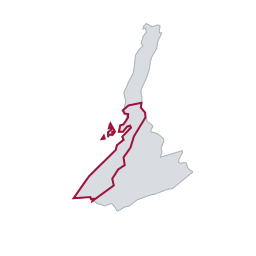 Semenawi Keyih Bahri highlighted on a map of Eritrea, rotated 235°
{"feature_id": "ERI-1562", "entity_name": "Semenawi Keyih Bahri", "entity_type": "Region", "adm_level": 1, "iso_a3": "ERI", "parent_name": "Eritrea", "parent_adm1": "", "projection": "equal_earth", "projection_center": [39.644, 16.17], "detail": "coarse", "context": "in_parent", "style": "outline", "palette": "rose", "viewbox_px": 256, "rotation_deg": 235, "n_neighbors": 0, "source": "natural_earth", "source_scale": "10m", "svg_char_len": 2998}
<svg xmlns="http://www.w3.org/2000/svg" viewBox="0 0 256 256"><g transform="rotate(235 128 128)"><path d="M54.8,155.9L54.2,147.2L53.7,141.4L53.2,135.3L52.8,129.5L54.9,125.9L55.9,122.5L58.5,111.6L59.6,109.4L61.6,103.5L61.9,101.8L63.9,94.4L63.7,89.5L63.3,84.5L64.4,81.6L65.4,79.3L65.3,77.3L65.8,72.7L66.1,71.5L67.3,71.4L69.7,72.0L71.5,71.6L73.5,71.6L75.1,71.4L76.0,70.0L77.3,64.6L78.2,63.6L78.8,63.2L80.6,62.2L82.2,60.7L83.4,59.5L83.9,59.3L85.2,59.2L86.6,58.5L87.2,57.7L88.8,57.1L90.5,57.5L91.6,56.8L92.3,56.4L93.2,56.4L93.9,55.7L94.3,54.8L94.8,54.2L96.0,52.8L96.6,51.8L96.9,50.8L97.2,49.9L97.7,48.6L100.0,45.1L101.9,43.2L108.6,60.5L111.3,70.7L113.7,81.4L115.5,97.5L117.2,105.7L120.0,109.7L121.9,117.4L123.5,117.7L124.7,119.8L126.7,127.0L128.1,129.7L128.9,127.4L128.8,126.1L128.2,123.8L128.7,121.0L129.9,119.3L132.4,121.6L133.8,123.4L134.2,126.9L134.8,128.9L137.5,133.0L139.8,134.2L142.7,134.5L145.2,135.5L147.2,137.0L150.9,141.2L159.3,144.9L166.2,156.3L170.2,164.2L183.5,176.1L185.8,181.9L187.0,187.5L189.8,187.2L194.6,193.4L196.0,198.1L199.9,199.7L200.5,197.0L202.4,199.3L203.2,202.8L200.7,204.2L198.0,205.4L197.6,205.4L196.7,207.0L195.4,211.4L193.9,212.7L193.2,212.8L188.9,208.7L188.2,208.5L187.3,209.3L186.6,210.1L184.6,207.0L183.1,204.2L181.1,200.9L179.1,199.4L176.9,197.5L174.8,193.2L172.7,188.4L169.5,184.4L163.6,178.8L158.2,171.6L154.0,164.2L151.4,160.3L150.2,159.3L144.7,156.9L140.9,153.4L137.9,150.6L136.1,149.9L134.3,149.8L130.6,150.3L127.5,148.6L126.2,148.6L124.1,148.1L122.4,147.4L120.5,148.2L116.5,149.4L114.9,149.2L114.0,147.4L113.5,146.1L112.1,144.7L111.0,144.7L110.4,145.9L106.3,149.1L99.3,150.8L97.7,150.7L96.5,149.4L93.0,144.0L92.0,143.2L91.2,143.1L89.6,142.4L88.1,141.4L86.8,139.2L85.5,137.9L84.0,142.3L81.5,149.8L80.1,153.9L78.4,159.2L77.8,159.3L76.9,158.9L73.5,152.4L71.3,149.9L69.7,150.2L68.5,151.4L67.8,153.6L67.0,154.9L66.1,155.4L64.2,155.2L61.3,154.1L58.3,154.4L55.3,155.9L54.8,155.9ZM136.1,112.5L137.0,114.1L137.7,113.9L138.2,113.4L138.5,112.3L142.1,114.5L141.9,116.0L139.7,116.1L137.3,115.4L135.0,115.6L132.4,115.0L131.7,112.5L133.5,113.7L134.3,113.4L134.5,113.1L133.3,111.4L131.6,111.0L131.7,109.7L132.5,109.1L132.9,108.5L131.9,106.7L133.9,107.1L135.1,108.2L135.9,109.5L136.1,112.5ZM134.6,100.8L135.4,103.8L133.2,102.6L132.8,102.0L133.8,100.9L134.0,100.2L134.6,100.8Z" fill="#d9dde1" stroke="#a8b0b8" stroke-width="1"/><path d="M93.0,57.6L101.7,43.2L110.8,68.3L117.1,105.5L120.3,109.0L120.8,117.6L124.2,118.4L126.5,130.6L128.7,131.1L129.7,128.2L127.8,121.7L130.1,118.3L134.7,123.2L133.5,126.3L136.5,134.0L139.4,136.1L141.7,133.4L145.4,133.8L146.2,141.3L140.9,153.5L137.3,150.2L130.9,150.9L126.7,148.5L117.8,128.1L110.5,118.8L106.5,107.5L99.5,104.0L99.7,96.2L95.5,86.0L89.1,83.4L88.6,57.1L90.0,58.9L90.9,56.9L93.0,57.6ZM138.9,112.3L141.7,116.2L132.4,115.2L131.5,112.3L134.7,113.5L131.4,111.2L133.8,108.2L131.8,106.5L136.0,109.2L136.6,114.0L138.1,114.6L138.9,112.3ZM134.0,100.1L135.5,103.7L132.7,102.8L134.0,100.1Z" fill="none" stroke="#9f1239" stroke-width="2"/></g></svg>